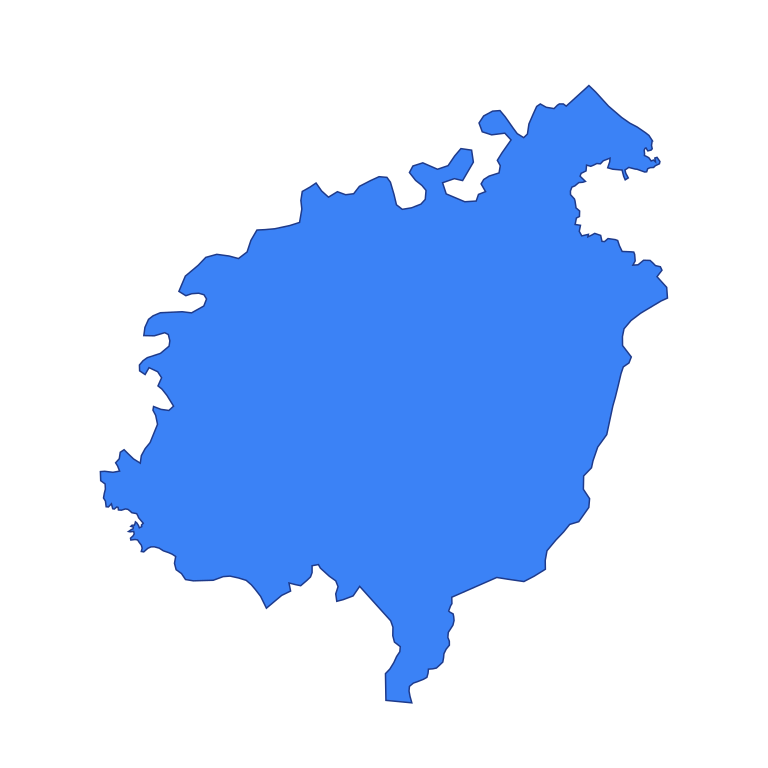 Ledang, Johor, Malaysia (Albers equal-area conic projection), rotated 185°
{"feature_id": "92858781B19407525562459", "entity_name": "Ledang", "entity_type": "district", "adm_level": 2, "iso_a3": "MYS", "parent_name": "Malaysia", "parent_adm1": "Johor", "projection": "albers", "projection_center": [102.644, 2.275], "detail": "fine", "context": "isolated", "style": "filled", "palette": "blue", "viewbox_px": 768, "rotation_deg": 185, "n_neighbors": 0, "source": "geoboundaries", "source_scale": "gbopen_adm2", "svg_char_len": 5080}
<svg xmlns="http://www.w3.org/2000/svg" viewBox="0 0 768 768"><g transform="rotate(185 384 384)"><path d="M297.9,177.5L254.8,201.1L243.3,200.3L227.4,199.4L217.7,205.6L207.1,213.5L208.0,222.3L207.1,232.1L199.2,243.5L192.1,252.4L186.8,260.3L178.0,263.8L169.2,278.9L169.2,287.7L176.2,296.5L177.1,309.8L170.0,318.6L169.1,325.7L165.6,339.8L157.7,353.0L154.1,382.2L152.4,391.0L150.6,402.5L148.8,414.9L147.1,421.9L141.8,426.3L140.0,432.5L149.7,443.1L150.6,452.0L149.7,459.9L143.5,468.7L134.7,476.7L131.2,479.3L115.3,490.8L109.1,494.3L110.8,504.9L121.4,514.7L117.0,521.6L118.9,524.9L123.9,525.6L126.8,528.1L129.7,530.3L136.2,529.9L141.3,524.9L146.4,524.1L144.5,528.5L145.6,535.0L146.7,537.2L149.6,537.2L158.3,536.8L161.5,542.2L163.7,547.3L166.2,548.0L173.5,548.4L176.7,545.1L179.3,545.1L181.1,550.9L187.2,552.4L190.5,550.2L193.7,548.4L193.4,550.9L199.9,548.8L202.8,553.1L202.1,559.2L207.5,559.6L206.8,566.1L203.9,567.9L204.2,573.4L208.2,576.3L208.2,577.0L209.7,583.1L210.4,584.9L214.7,588.9L215.1,592.5L214.0,596.5L211.1,598.0L207.5,601.6L203.5,602.3L201.0,603.4L206.8,608.1L206.0,611.0L201.3,613.9L201.3,618.6L201.3,619.7L197.0,618.9L194.1,620.4L191.2,622.2L187.6,622.2L185.0,625.5L178.5,628.7L178.5,625.1L180.0,618.9L174.9,617.9L165.5,617.9L163.3,611.7L161.5,608.4L158.6,610.6L161.5,615.0L162.6,618.2L159.0,621.1L152.5,620.0L150.7,620.0L142.7,617.9L140.8,618.3L140.1,621.4L137.8,622.7L134.3,623.2L132.7,625.1L128.8,627.4L128.5,629.7L131.8,633.6L133.9,632.7L132.9,629.0L135.0,630.6L137.3,629.5L139.9,632.5L142.4,633.6L144.5,634.3L144.5,636.2L145.2,639.6L144.5,641.5L143.6,642.0L141.5,639.2L138.3,640.3L137.3,641.7L138.3,645.0L138.0,649.8L137.9,649.8L141.7,654.7L145.2,657.0L148.9,659.1L154.2,662.1L161.9,665.3L170.4,670.2L184.6,680.4L198.7,693.4L205.9,699.2L226.7,676.7L229.7,678.6L233.7,678.3L235.5,676.9L238.6,673.2L246.5,673.8L252.7,676.6L256.1,673.8L258.9,665.9L262.3,655.7L262.9,645.5L266.3,641.6L273.1,645.0L277.6,650.1L286.6,660.8L292.3,666.5L299.6,665.3L308.1,659.7L312.1,652.3L308.1,643.8L298.5,641.6L285.5,644.4L278.7,638.2L286.6,624.6L290.6,616.7L287.2,611.6L287.8,604.3L297.4,600.3L302.5,596.4L304.7,591.8L299.6,584.5L306.4,581.1L308.1,574.3L319.4,572.6L338.6,578.8L343.2,589.6L331.8,594.7L323.4,593.5L314.3,612.8L317.1,624.6L327.9,625.2L333.5,617.3L339.2,607.1L349.4,602.6L364.6,607.7L374.2,603.7L377.1,596.9L370.3,589.6L363.5,585.1L359.0,580.5L359.0,571.5L362.9,566.4L372.0,561.9L381.0,559.6L387.2,563.6L390.6,573.8L395.2,585.6L399.1,590.1L407.0,590.1L414.9,585.6L425.7,578.8L430.8,570.9L438.7,569.2L447.2,571.5L455.6,565.3L463.0,570.9L469.2,578.3L474.9,573.7L482.2,568.7L482.8,559.6L481.1,551.1L482.2,537.6L491.8,533.6L506.5,529.1L516.1,527.4L524.0,526.3L529.1,515.5L531.9,503.6L539.9,496.3L549.5,498.0L561.9,498.6L572.6,494.6L579.4,486.1L591.3,474.2L596.4,458.4L589.1,454.7L583.4,457.2L576.5,458.3L571.1,457.2L568.2,453.2L570.3,446.0L581.9,438.1L591.3,438.4L613.0,435.5L619.9,431.9L624.2,427.9L627.1,419.6L627.5,411.3L617.0,412.0L606.9,416.0L603.2,414.5L601.1,408.4L601.4,403.0L609.4,395.0L622.1,389.6L626.0,386.3L629.3,381.6L628.6,375.8L622.8,372.6L619.5,379.8L610.5,376.5L606.1,370.8L609.0,362.4L604.7,359.5L599.3,353.8L591.7,343.6L596.0,338.9L604.0,339.3L611.6,341.5L611.9,337.8L608.7,332.8L606.1,324.1L611.9,305.3L616.3,298.8L619.5,291.5L619.9,283.9L627.1,287.6L632.9,292.3L637.2,295.9L640.8,293.0L641.2,286.5L644.5,282.1L642.3,279.2L639.8,274.2L646.3,272.4L654.6,272.7L658.9,272.0L657.8,263.0L653.1,260.1L652.4,255.0L653.1,250.7L653.5,246.0L651.3,243.1L650.1,237.5L647.8,237.5L645.1,240.9L643.4,236.1L641.8,235.9L639.5,238.2L638.1,237.9L637.6,235.4L634.6,235.4L630.7,237.0L628.2,236.8L626.3,235.6L624.0,233.8L619.1,233.3L617.7,231.2L616.8,229.4L614.0,226.6L611.7,224.3L613.3,222.4L612.9,220.8L615.2,219.4L616.3,221.7L618.2,224.1L619.6,225.0L619.8,223.6L620.3,221.7L622.8,221.3L623.8,220.1L621.2,219.7L621.4,217.8L623.1,216.9L625.6,214.8L624.0,214.6L620.5,215.3L619.8,212.9L620.7,210.9L623.1,208.3L622.6,206.5L618.4,207.4L615.9,207.2L614.0,204.8L611.7,202.3L610.6,199.3L611.2,196.0L608.7,195.8L605.0,199.7L602.0,201.4L598.7,201.8L593.7,200.9L589.3,198.6L586.5,197.9L583.7,197.2L580.2,196.0L576.5,194.0L577.1,187.1L574.9,180.9L569.2,177.5L564.7,171.9L556.8,171.3L537.0,173.6L527.4,178.1L520.6,179.2L512.1,178.1L504.2,176.4L498.6,172.4L494.1,167.9L488.4,161.7L481.6,150.4L474.8,157.2L467.5,164.5L459.0,169.6L461.3,177.5L454.5,176.4L449.4,175.8L443.8,181.5L440.4,185.4L439.2,189.9L439.8,196.7L433.6,198.4L431.3,195.0L421.7,187.7L414.9,183.7L412.1,178.1L413.8,170.7L412.1,163.4L405.9,165.6L396.3,170.2L390.6,180.3L356.7,148.7L353.9,142.5L353.3,134.0L351.1,127.8L344.9,123.8L344.9,118.7L347.7,113.6L349.9,107.4L353.3,100.6L357.3,95.6L354.5,69.0L328.5,68.8L330.9,75.2L332.3,80.3L332.3,85.0L328.7,88.6L324.7,90.4L318.9,93.3L315.7,95.5L314.9,99.8L314.9,103.8L310.6,104.5L307.0,105.6L303.4,109.6L301.2,112.1L300.8,116.5L300.8,120.5L299.0,125.2L296.1,129.5L296.5,133.5L298.3,137.1L298.3,142.2L295.8,146.9L294.3,149.8L293.6,154.5L294.3,158.4L295.1,161.0L298.3,162.4L299.8,163.5L298.3,168.9L297.2,171.1L297.9,177.5Z" fill="#3b82f6" stroke="#1e3a8a" stroke-width="1.5"/></g></svg>